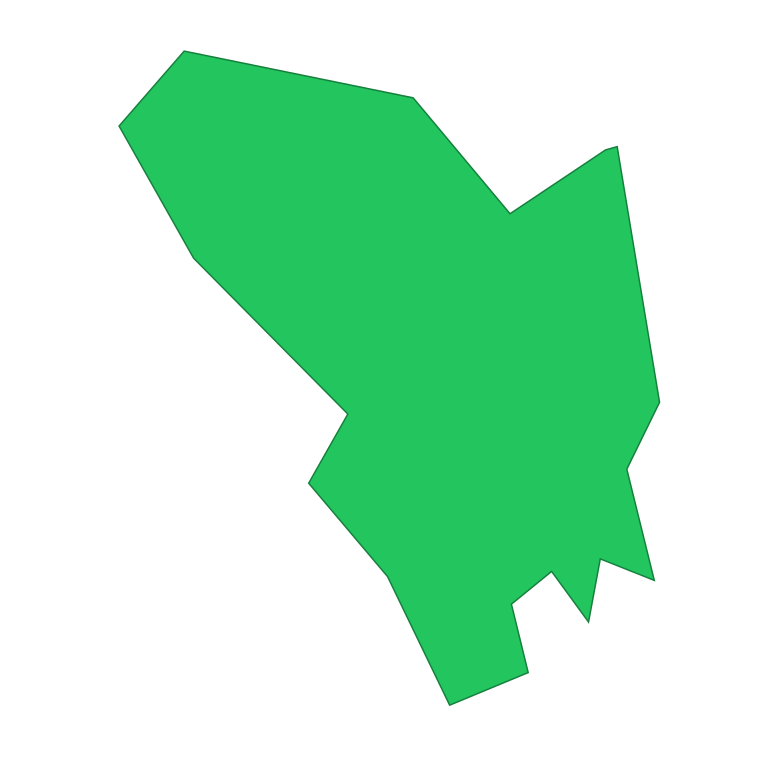 Ikotos, Eastern Equatoria, South Sudan (Equal Earth projection), rotated 185°
{"feature_id": "79223893B75846050285915", "entity_name": "Ikotos", "entity_type": "district", "adm_level": 2, "iso_a3": "SSD", "parent_name": "South Sudan", "parent_adm1": "Eastern Equatoria", "projection": "equal_earth", "projection_center": [33.072, 4.082], "detail": "fine", "context": "isolated", "style": "filled", "palette": "green", "viewbox_px": 768, "rotation_deg": 185, "n_neighbors": 0, "source": "geoboundaries", "source_scale": "gbopen_adm2", "svg_char_len": 421}
<svg xmlns="http://www.w3.org/2000/svg" viewBox="0 0 768 768"><g transform="rotate(185 384 384)"><path d="M172.4,640.8L183.7,636.5L273.3,564.6L379.9,671.6L612.1,698.2L670.4,617.9L584.6,492.7L417.4,350.9L450.4,278.6L363.7,192.5L290.6,69.8L215.2,109.1L237.9,175.8L200.7,211.9L159.5,164.7L153.3,228.6L97.6,211.9L134.7,320.3L107.9,389.8L149.6,552.0L172.4,640.8Z" fill="#22c55e" stroke="#15803d" stroke-width="1.5"/></g></svg>